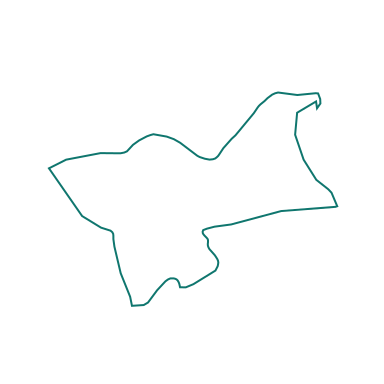 outline of Manubah, rotated 13°
{"feature_id": "TUN-102", "entity_name": "Manubah", "entity_type": "Governorate", "adm_level": 1, "iso_a3": "TUN", "parent_name": "Tunisia", "parent_adm1": "", "projection": "robinson", "projection_center": [9.985, 36.85], "detail": "fine", "context": "isolated", "style": "outline", "palette": "teal", "viewbox_px": 384, "rotation_deg": 13, "n_neighbors": 0, "source": "natural_earth", "source_scale": "10m", "svg_char_len": 1356}
<svg xmlns="http://www.w3.org/2000/svg" viewBox="0 0 384 384"><g transform="rotate(13 192 192)"><path d="M292.7,67.6L296.0,72.6L297.2,76.9L295.0,82.3L292.5,75.9L276.6,91.1L279.6,113.0L293.5,135.4L310.4,152.2L324.2,158.7L328.1,161.3L336.7,173.2L335.1,174.2L283.2,190.5L237.5,214.8L221.8,220.7L214.9,224.3L211.5,226.6L211.3,228.3L211.8,229.7L212.6,230.6L213.9,231.6L216.7,233.4L218.0,234.5L218.5,235.6L218.9,237.5L219.1,239.2L219.6,240.8L220.6,242.4L221.9,243.8L228.5,248.5L231.6,251.5L232.8,253.1L233.5,254.8L233.7,256.9L233.7,258.6L232.5,263.3L214.1,281.5L207.4,286.3L201.8,287.5L200.2,284.2L199.3,282.9L197.9,281.4L196.5,280.6L194.9,280.3L193.5,280.3L190.3,281.1L188.3,282.6L186.2,285.0L180.1,295.6L174.0,309.6L170.4,313.0L159.1,316.4L155.3,308.0L140.8,287.2L128.7,262.7L126.0,255.6L125.2,252.2L124.6,250.5L123.4,249.1L121.3,248.0L111.4,247.2L90.4,240.2L47.3,201.1L62.1,188.8L94.1,174.7L113.5,170.4L117.1,168.8L119.5,167.0L123.9,159.3L128.9,153.6L135.4,148.0L138.8,145.8L141.4,144.4L154.9,143.7L162.4,144.6L169.4,146.7L189.0,155.5L191.6,156.2L197.0,156.7L201.8,156.5L205.0,155.4L207.1,154.1L208.3,152.6L209.3,151.1L209.9,149.7L212.7,142.2L218.7,131.2L221.6,127.0L234.5,101.3L237.0,94.8L237.8,93.1L239.0,91.2L242.2,87.1L244.5,83.5L248.2,79.1L250.8,77.1L253.5,75.7L272.8,73.8L290.4,67.9L292.7,67.6Z" fill="none" stroke="#0f766e" stroke-width="2"/></g></svg>